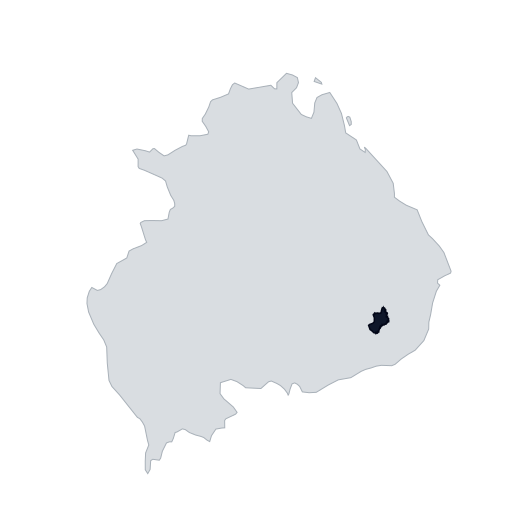 Srei Snam, Siemréab, Cambodia (highlighted), rotated 161°
{"feature_id": "14789045B20836207890742", "entity_name": "Srei Snam", "entity_type": "district", "adm_level": 2, "iso_a3": "KHM", "parent_name": "Cambodia", "parent_adm1": "Siemréab", "projection": "natural_earth1", "projection_center": [103.506, 13.832], "detail": "fine", "context": "in_parent", "style": "filled", "palette": "ink", "viewbox_px": 512, "rotation_deg": 161, "n_neighbors": 0, "source": "geoboundaries", "source_scale": "gbopen_adm2", "svg_char_len": 7062}
<svg xmlns="http://www.w3.org/2000/svg" viewBox="0 0 512 512"><g transform="rotate(161 256 256)"><path d="M429.2,85.5L430.3,89.9L427.5,98.1L424.5,105.7L418.9,112.2L418.6,117.1L416.7,131.5L417.5,136.0L418.8,140.0L420.7,142.1L425.7,156.2L430.2,169.0L434.7,179.5L435.5,186.2L431.5,203.1L426.8,218.6L427.3,226.3L429.4,234.0L431.6,244.3L432.5,257.5L431.3,266.1L429.2,271.4L425.1,276.9L421.5,279.7L417.2,275.1L413.8,274.8L409.2,276.2L405.6,278.4L398.2,286.4L390.1,294.2L378.8,296.2L374.4,302.0L369.7,302.8L360.8,303.1L354.9,304.5L355.2,307.4L354.8,321.2L354.9,324.4L354.0,325.2L350.0,325.7L343.1,323.5L333.8,320.1L327.2,319.6L323.8,325.6L321.8,327.9L319.3,328.3L316.7,329.4L315.8,332.0L315.6,335.4L316.9,341.1L317.4,350.2L317.1,356.4L319.5,360.3L333.7,373.5L337.9,376.8L338.4,378.8L335.9,386.0L338.2,396.1L333.7,395.9L326.3,391.5L322.8,388.9L318.5,391.0L317.0,390.6L314.1,385.7L310.3,380.6L306.4,380.3L298.1,382.3L289.7,383.6L286.5,383.6L285.2,384.5L280.3,392.1L278.2,390.8L269.7,387.9L261.9,386.8L260.3,388.8L261.3,394.9L263.0,400.9L262.0,403.5L257.8,406.6L252.1,412.3L248.7,416.7L246.3,417.8L237.7,417.6L229.2,418.2L225.8,422.4L222.5,425.6L219.8,426.5L208.6,416.2L186.4,412.6L184.0,408.0L181.9,407.2L179.8,413.1L167.7,418.8L162.6,415.3L158.8,411.2L159.4,406.1L162.9,401.9L169.0,398.9L171.7,388.5L167.1,375.1L163.1,371.2L158.8,368.1L154.4,373.1L150.6,381.6L146.7,386.0L141.1,387.0L133.0,386.6L129.8,373.9L128.8,363.0L129.9,350.6L131.1,343.2L123.3,333.0L122.9,323.4L119.1,318.4L118.0,320.9L118.1,323.7L117.0,321.7L104.7,293.3L102.6,280.1L104.8,269.9L106.0,266.5L102.4,261.2L97.4,255.1L88.6,247.2L88.0,234.6L86.1,219.8L83.4,214.8L79.4,205.6L77.2,198.1L76.5,178.1L77.6,176.5L83.8,175.9L91.9,174.4L93.2,171.2L91.7,168.5L96.9,164.0L104.3,154.1L110.0,143.7L114.1,137.2L116.5,130.7L124.8,121.4L136.2,115.1L144.0,113.6L152.0,111.4L159.8,108.3L163.4,108.1L173.0,111.8L178.2,112.7L183.7,112.7L189.3,113.1L194.2,112.7L206.0,110.1L218.5,112.1L229.6,110.5L243.4,107.5L250.2,109.4L256.4,112.4L257.2,118.5L258.7,121.3L260.7,123.4L263.5,123.4L267.0,119.2L269.9,114.8L270.9,114.0L271.0,116.2L272.5,120.9L275.1,125.6L277.8,128.7L282.2,132.8L285.1,133.0L294.5,129.1L308.7,134.8L310.3,137.6L314.9,143.4L319.9,147.5L330.9,147.8L334.8,137.6L332.9,131.4L326.6,120.6L324.8,114.3L326.8,113.1L337.5,111.9L339.2,110.7L341.5,103.7L344.4,104.5L350.3,105.4L356.6,100.6L360.2,95.6L362.3,97.9L364.5,101.4L366.9,103.4L371.4,106.4L376.4,110.7L379.4,114.9L381.9,116.5L388.2,115.3L389.9,115.5L393.6,110.4L396.2,107.7L398.3,108.5L401.5,108.4L408.1,101.9L411.9,96.0L413.9,94.4L419.8,97.4L422.2,96.8L425.6,88.7L429.2,85.5ZM125.6,357.2L124.4,357.9L123.3,357.9L122.1,356.7L122.2,352.1L123.1,349.4L125.1,348.8L125.6,357.2ZM144.2,402.1L141.7,405.2L137.7,398.9L137.8,397.1L144.2,402.1Z" fill="#d9dde1" stroke="#a8b0b8" stroke-width="1"/><path d="M152.4,165.9L152.5,165.8L152.8,165.7L153.0,165.8L153.0,165.7L153.3,165.6L153.6,165.6L153.8,165.2L154.0,165.2L154.4,164.8L154.4,164.6L154.6,164.0L154.8,164.0L154.9,163.9L155.1,163.3L155.3,163.2L155.5,163.1L155.6,162.8L155.6,162.4L155.8,162.0L156.0,161.9L156.2,161.7L156.3,161.8L156.6,161.7L156.8,161.5L156.9,161.3L157.2,161.4L157.4,161.6L157.7,161.7L158.0,161.7L158.3,161.8L158.5,161.7L158.6,161.8L158.7,161.7L158.8,161.7L159.1,161.8L159.3,161.9L159.5,162.1L159.8,162.3L160.1,162.5L160.3,162.4L160.2,162.5L160.4,162.5L160.5,162.6L160.8,162.6L160.9,162.8L161.0,162.9L161.3,163.0L161.4,162.9L161.5,163.0L161.8,163.0L162.0,163.1L162.2,162.9L162.2,163.1L162.3,163.1L162.4,163.3L162.5,163.4L162.7,163.1L162.8,163.0L162.9,162.9L162.9,163.0L163.0,162.9L163.3,162.6L163.5,162.6L163.6,162.8L163.6,162.7L163.8,162.7L164.0,162.6L164.2,162.4L164.3,162.3L164.3,161.8L164.2,159.2L164.3,158.8L164.4,158.5L164.9,157.2L165.0,156.9L165.4,155.7L165.5,155.4L165.9,155.1L166.7,154.8L167.3,154.3L167.6,154.3L170.8,154.3L171.0,154.1L171.3,154.1L172.1,153.8L172.1,149.3L171.0,147.9L170.4,146.7L169.7,145.5L169.4,144.9L168.9,144.7L168.5,144.6L168.3,144.7L168.3,144.4L168.1,144.3L168.0,144.5L167.9,144.4L167.9,144.2L167.7,144.4L167.7,144.1L167.6,143.9L167.5,144.0L167.3,144.0L167.2,144.1L166.9,143.8L166.6,144.1L166.7,144.4L166.5,144.5L166.3,144.2L166.2,144.2L166.1,143.9L166.0,144.0L165.9,144.0L165.9,143.8L165.6,143.9L165.6,144.0L165.6,144.3L165.5,144.1L165.2,144.3L165.5,144.5L165.4,144.6L165.0,144.9L164.9,144.6L164.7,144.5L164.7,144.9L164.9,145.1L164.6,145.1L164.7,145.4L164.5,145.5L164.4,145.7L164.2,145.8L163.9,145.7L163.8,145.8L163.7,146.1L162.9,146.9L163.0,147.3L162.9,147.4L162.7,147.1L162.3,147.2L162.2,147.2L162.0,147.5L161.9,147.6L162.1,147.8L161.7,148.0L161.8,148.2L161.7,148.2L161.5,148.3L161.4,148.1L161.2,148.2L161.3,148.4L161.4,148.7L161.4,148.8L161.2,148.9L161.3,149.0L161.2,149.1L161.0,148.8L160.8,149.0L160.7,148.9L160.6,149.0L160.5,148.8L160.4,148.8L160.5,149.2L160.4,149.3L160.5,149.5L160.4,149.5L160.3,149.4L160.2,149.3L160.2,149.0L159.9,149.0L159.9,149.3L159.4,149.3L159.4,149.5L159.2,149.9L159.1,149.7L158.9,149.6L158.9,149.2L158.7,149.2L158.6,149.3L158.7,149.6L158.2,149.6L158.1,149.8L157.8,149.6L157.7,149.4L157.3,149.5L157.5,149.8L157.3,149.8L157.2,149.7L157.1,149.4L157.0,149.5L156.8,149.6L156.7,149.5L156.4,149.5L156.5,149.4L156.4,149.4L156.3,149.5L155.9,149.4L156.0,149.7L155.8,149.8L155.8,149.7L155.8,149.4L155.7,149.4L155.6,149.5L155.4,149.3L155.2,149.3L155.1,149.5L154.9,149.9L154.9,150.1L154.8,149.9L154.7,150.0L154.5,149.9L154.4,149.9L154.3,150.1L154.0,150.1L153.8,150.1L153.6,150.2L153.7,150.3L153.6,150.5L153.5,150.4L153.3,150.5L153.2,150.9L153.0,150.7L152.8,150.7L152.7,150.7L152.8,150.8L153.0,151.1L152.7,151.0L152.7,151.3L152.4,150.9L152.3,151.0L152.2,151.2L151.9,151.0L151.6,151.3L151.8,151.5L151.9,152.0L152.0,152.1L151.9,152.2L151.7,152.1L151.7,152.3L151.6,152.5L151.8,152.7L151.7,152.9L151.5,152.6L151.4,152.6L151.3,152.8L151.3,153.2L151.6,153.1L151.5,153.5L151.4,153.8L151.2,153.9L151.3,154.0L151.5,153.9L151.6,154.0L151.6,154.5L151.4,154.5L151.5,154.7L151.6,155.1L151.7,155.3L151.6,155.5L152.0,155.4L152.1,155.5L151.9,155.7L151.8,155.8L151.9,156.0L152.2,156.1L152.5,155.9L152.7,156.1L152.5,156.5L152.3,156.4L152.2,156.6L152.2,156.8L151.8,156.8L151.8,157.2L152.0,157.2L152.2,157.3L151.7,157.3L151.4,157.6L151.5,157.8L151.5,158.0L151.6,157.9L151.5,157.7L151.7,158.0L151.3,158.2L151.3,158.3L151.5,158.5L151.6,158.9L151.5,159.0L151.3,159.0L151.2,159.0L151.4,159.3L151.4,159.5L151.1,159.2L150.9,159.1L150.9,159.4L150.8,159.5L150.7,159.4L150.7,159.2L150.5,159.3L150.6,159.7L150.8,159.8L151.1,159.7L151.2,159.9L151.3,159.9L151.5,160.0L151.4,160.2L151.5,160.4L151.5,160.5L151.4,160.7L151.6,161.0L151.4,160.9L151.4,161.0L151.5,161.1L152.0,161.1L151.8,161.5L151.6,161.3L151.5,161.5L151.3,161.6L151.2,161.8L151.3,162.0L151.4,161.8L151.5,161.8L151.5,162.1L151.3,162.3L151.2,162.3L151.1,162.5L151.3,162.5L151.5,162.5L151.7,162.4L151.9,162.5L151.7,162.8L151.5,162.7L151.3,162.8L151.3,163.1L151.5,163.2L151.7,163.3L151.8,163.4L151.6,163.5L151.3,163.5L151.2,163.5L151.4,163.9L151.4,164.0L151.3,164.3L151.3,164.6L151.4,164.8L151.8,164.9L151.8,165.0L151.8,165.3L152.1,165.5L152.4,165.8L152.4,165.9Z" fill="#0f172a" stroke="#020617" stroke-width="1.5"/></g></svg>